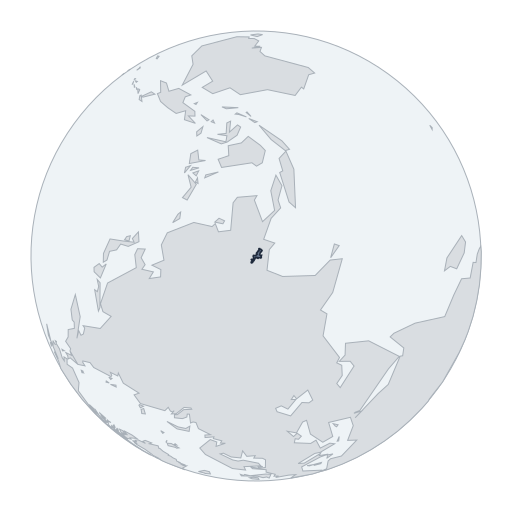 globe centered on Mandalay, rotated 216°
{"feature_id": "MMR-3267", "entity_name": "Mandalay", "entity_type": "Division", "adm_level": 1, "iso_a3": "MMR", "parent_name": "Myanmar", "parent_adm1": "", "projection": "orthographic", "projection_center": [96.206, 21.524], "detail": "fine", "context": "on_globe", "style": "filled", "palette": "slate", "viewbox_px": 512, "rotation_deg": 216, "n_neighbors": 0, "source": "natural_earth", "source_scale": "10m", "svg_char_len": 13138}
<svg xmlns="http://www.w3.org/2000/svg" viewBox="0 0 512 512"><g transform="rotate(216 256 256)"><circle cx="256" cy="256" r="225" fill="#eef3f6" stroke="#a8b0b8"/><path d="M347.7,50.2L353.9,54.9L363.0,60.1L355.5,56.6L377.5,70.0L385.5,78.1L372.1,66.8L367.4,64.2L370.6,68.2L366.5,66.4L365.7,67.6L360.5,65.4L353.0,59.8L349.5,58.5L352.0,61.5L348.4,61.7L345.2,57.4L338.5,57.5L324.8,49.6L320.5,42.5L308.6,38.7L292.7,33.8L289.8,33.4L282.0,32.2L275.7,31.6L275.2,31.5L293.8,33.9L312.2,37.8L330.2,43.3L347.7,50.2ZM272.8,31.3L270.6,31.2L272.8,31.5L271.8,31.6L268.4,31.5L266.3,31.1L267.7,31.1L265.3,31.0L265.7,30.9L263.5,30.9L262.7,30.8L272.8,31.3ZM260.0,30.8L258.3,30.8L252.3,30.8L260.0,30.8ZM370.5,64.8L368.2,62.7L371.8,65.4L370.5,64.8ZM366.5,68.2L368.5,69.5L367.2,69.6L366.5,68.2ZM358.1,66.5L355.5,66.7L356.8,65.5L358.1,66.5ZM353.1,66.1L346.9,67.2L350.7,69.9L336.4,63.6L346.4,64.4L347.5,62.3L349.6,64.6L353.1,66.1ZM275.1,31.7L272.5,31.4L277.9,31.9L275.1,31.7ZM278.7,32.1L296.6,34.6L298.7,35.5L292.3,34.2L297.5,35.9L289.7,35.0L285.1,33.9L285.3,33.4L282.1,33.5L278.7,32.1ZM329.5,60.3L326.9,60.0L328.2,59.3L329.5,60.3ZM271.9,31.7L275.3,32.0L277.3,32.7L270.8,32.3L272.2,32.2L271.9,31.7ZM302.7,37.0L303.0,37.8L296.8,37.1L296.1,37.4L289.7,35.1L302.7,37.0ZM270.0,32.0L267.4,32.2L263.3,31.9L268.6,31.6L270.0,32.0ZM280.6,33.1L281.2,33.5L278.7,33.1L280.6,33.1ZM247.3,31.6L251.3,31.4L252.7,31.7L247.3,31.6ZM266.8,32.4L268.2,32.5L269.2,32.7L266.7,32.9L266.8,32.4ZM285.8,35.0L283.1,34.7L288.1,35.9L283.6,35.8L280.1,34.4L279.8,35.0L278.4,35.0L277.1,33.9L285.8,35.0ZM267.2,33.8L261.3,32.6L253.4,32.5L252.0,32.2L264.8,32.4L267.2,33.8ZM273.1,33.9L269.1,33.7L269.3,33.1L272.2,33.0L273.1,33.9ZM281.8,36.4L289.6,36.8L290.1,37.2L281.8,36.4ZM264.9,33.8L266.4,34.1L264.3,33.9L264.9,33.8ZM276.6,35.6L279.2,35.6L279.7,36.0L276.6,35.6ZM267.1,34.9L265.2,34.5L267.1,34.2L267.1,34.9ZM271.4,35.3L271.5,35.8L268.9,34.4L272.5,35.2L271.4,35.3ZM276.6,35.9L277.8,36.1L275.4,35.9L276.6,35.9ZM261.1,36.4L257.5,34.8L261.6,34.1L264.6,35.7L261.1,36.4ZM73.0,124.6L77.3,119.4L73.8,125.4L77.2,132.6L76.5,135.8L69.3,144.4L66.3,166.3L73.5,160.7L77.6,175.9L84.8,181.0L99.4,164.0L87.8,155.1L92.5,144.6L107.3,143.9L118.5,152.8L120.7,149.1L119.3,136.7L127.7,132.6L119.5,132.0L118.5,136.8L113.4,136.9L113.9,132.7L116.9,131.2L115.2,127.4L101.6,136.5L99.2,142.3L91.1,138.4L86.2,148.0L82.0,150.3L88.6,135.0L92.4,130.8L99.9,112.9L95.2,116.8L87.8,134.2L87.5,131.7L81.1,138.2L85.8,131.3L95.1,112.2L91.7,109.6L77.2,121.2L77.3,119.5L82.0,113.0L97.4,96.8L95.4,102.5L100.9,97.8L109.9,88.4L108.5,91.3L112.0,88.4L112.1,90.7L120.8,87.1L122.2,89.1L133.8,81.9L136.1,82.2L128.5,86.2L124.1,90.4L128.5,96.7L131.8,96.2L139.0,91.2L139.3,94.0L145.7,88.5L152.3,90.5L149.6,83.7L158.0,78.8L166.5,77.3L168.7,74.8L155.0,77.3L149.9,79.6L146.3,83.3L132.2,89.8L128.8,89.1L141.9,78.5L138.6,76.7L150.2,70.2L180.3,65.7L188.6,67.6L185.1,80.6L178.4,82.5L176.4,78.5L170.7,86.5L174.8,83.7L175.1,86.4L183.2,83.2L183.7,85.0L190.5,79.2L192.1,81.1L187.8,84.7L201.1,82.5L206.7,86.0L209.4,84.7L210.8,82.4L216.9,88.9L218.7,87.7L217.3,85.1L219.9,81.2L226.9,77.2L228.7,79.6L226.4,81.4L224.2,89.2L217.9,94.2L219.3,94.8L225.2,91.2L227.9,81.5L231.6,78.5L231.3,82.8L231.7,80.9L234.1,80.2L238.1,82.0L238.8,77.3L262.8,68.7L273.0,72.0L270.0,76.3L288.6,75.1L298.6,80.4L297.3,77.7L305.4,76.3L302.4,74.5L302.4,73.2L321.7,70.4L327.6,72.2L334.4,69.3L333.8,68.2L329.8,66.6L336.4,63.6L350.7,69.9L351.5,72.1L359.9,75.1L360.4,80.1L364.7,86.1L360.4,90.7L364.2,95.6L367.1,96.3L374.4,104.1L379.5,118.6L362.6,103.6L352.5,84.1L355.5,91.4L351.0,89.0L349.8,91.4L352.2,97.0L354.9,98.0L339.4,105.8L337.7,122.0L347.1,121.0L353.8,126.0L360.2,146.9L346.0,176.2L354.9,185.9L356.1,192.3L349.7,196.5L347.9,187.1L340.6,183.8L340.5,178.2L329.7,182.8L329.1,175.0L320.9,183.0L325.0,189.1L334.8,187.4L328.0,198.5L339.1,209.3L341.4,222.6L326.0,246.6L308.8,254.0L308.0,258.3L300.6,253.5L291.6,261.9L305.8,285.6L305.6,292.5L290.7,305.4L290.2,300.3L270.9,287.6L267.7,303.8L282.4,317.5L287.4,333.1L276.3,328.1L271.1,314.3L264.3,309.4L265.9,295.4L259.6,274.0L248.4,277.5L249.0,269.0L238.7,250.9L222.4,255.1L196.7,275.0L193.6,296.3L184.6,304.5L172.5,271.6L172.1,250.2L164.6,250.9L154.8,230.8L128.8,223.0L127.9,217.0L122.4,218.0L116.0,210.0L115.7,200.3L110.5,199.0L112.0,224.6L117.9,226.2L126.7,219.7L125.7,228.2L132.3,238.0L115.0,253.6L81.1,259.0L82.5,242.5L81.2,192.1L83.9,187.9L84.0,187.4L84.3,186.3L79.3,192.8L80.7,183.4L76.3,216.6L73.5,229.8L80.5,259.7L78.7,261.5L82.4,268.5L99.9,269.4L99.0,274.6L87.8,295.2L67.7,317.9L73.1,340.9L76.3,358.4L69.8,364.1L76.6,378.5L74.2,380.0L78.1,387.6L79.6,393.0L79.9,396.0L76.2,391.8L66.9,378.4L58.5,364.4L51.2,349.8L44.9,334.7L39.8,319.1L37.5,310.2L34.9,297.2L31.0,263.8L31.5,249.9L31.7,241.9L31.3,240.0L32.2,230.4L32.3,229.6L34.8,213.5L38.4,197.6L43.2,182.1L49.1,166.9L56.0,152.2L64.0,138.1L73.0,124.6ZM125.4,172.8L135.3,178.0L139.2,164.3L143.3,165.4L143.1,160.6L139.4,163.4L140.2,150.9L147.5,149.6L150.6,144.3L147.4,142.4L134.0,147.0L132.7,164.5L126.9,168.3L125.4,172.8ZM130.9,72.8L128.1,75.4L124.0,77.8L122.3,77.0L128.3,73.4L130.9,72.8ZM125.2,78.8L138.6,69.5L140.3,70.2L137.1,71.2L136.8,72.6L131.6,74.8L120.0,85.3L115.6,88.2L114.8,84.1L117.5,83.5L120.0,80.8L125.2,78.8ZM170.0,50.2L175.9,47.8L171.8,52.2L166.9,54.1L164.8,52.9L169.5,50.1L170.0,50.2ZM241.1,31.2L249.6,30.9L262.4,30.9L263.7,31.4L261.1,31.7L258.2,31.7L258.3,31.3L254.4,31.7L252.3,31.2L249.1,31.5L232.8,32.0L234.9,31.7L224.1,33.0L241.1,31.2ZM207.2,36.1L212.6,35.0L214.0,35.3L217.8,34.4L219.6,34.4L215.8,35.2L222.8,34.1L223.2,34.4L232.0,34.4L241.7,33.4L245.1,33.6L241.6,34.2L247.5,34.1L243.1,35.5L245.5,35.9L243.5,37.9L235.3,39.4L238.6,39.7L237.3,41.7L230.6,43.4L231.9,41.4L223.6,44.9L221.5,43.3L220.7,43.8L216.5,43.4L209.9,44.0L209.9,43.2L207.4,43.9L204.5,43.9L201.0,44.6L199.8,43.5L195.4,44.4L197.4,43.4L190.1,45.4L195.0,43.5L191.8,43.7L188.7,45.5L191.0,40.7L188.2,41.2L187.7,41.3L207.2,36.1ZM260.3,37.0L251.0,38.3L245.2,38.3L251.0,34.9L249.5,34.4L253.0,32.8L261.2,33.0L259.5,33.4L259.7,33.8L257.0,33.5L259.3,34.1L256.9,34.8L258.1,35.5L254.7,35.6L260.3,37.0ZM79.9,133.8L80.1,135.4L81.4,136.8L77.4,141.2L79.9,133.8ZM85.9,120.8L86.8,121.2L81.7,127.5L81.5,126.1L85.9,120.8ZM91.5,116.4L87.2,120.7L89.4,117.6L91.5,116.4ZM129.7,86.5L131.1,87.0L129.6,88.3L126.8,89.6L129.7,86.5ZM205.5,55.5L207.2,53.9L208.7,53.8L215.6,50.9L217.8,52.3L214.4,54.5L205.5,55.5ZM95.0,165.7L90.4,167.7L90.4,165.2L92.0,165.0L95.0,165.7ZM81.5,153.9L82.6,158.9L80.4,155.0L81.5,153.9ZM209.0,56.5L211.6,55.1L211.1,56.6L209.0,56.5ZM219.7,53.1L219.7,54.7L218.8,52.1L219.7,53.1ZM187.8,461.8L192.3,463.9L188.9,463.4L187.8,461.8ZM100.4,366.7L101.6,393.4L94.7,390.5L89.4,380.9L86.1,363.6L92.7,361.8L94.8,354.8L100.4,366.7ZM342.0,366.0L348.3,366.3L348.0,367.3L342.0,366.0ZM335.4,363.2L342.7,363.0L334.0,365.3L335.4,363.2ZM345.5,362.9L353.0,360.4L356.2,358.6L355.6,360.6L345.5,362.9ZM330.4,363.6L302.7,364.4L291.6,362.0L294.3,358.5L312.2,359.1L330.4,363.6ZM293.4,358.4L276.4,348.5L252.4,318.3L261.0,319.1L285.9,337.5L284.4,340.6L294.7,348.5L293.4,358.4ZM334.3,338.9L332.6,348.2L317.5,348.1L310.5,346.8L305.7,335.1L308.4,329.0L314.1,329.0L335.9,307.4L343.5,312.0L337.0,321.2L343.3,328.9L334.3,338.9ZM194.6,298.5L199.7,311.8L194.8,313.3L194.6,298.5ZM344.3,292.1L335.8,301.9L343.4,289.1L344.3,292.1ZM348.5,280.2L349.3,284.9L345.5,280.6L348.5,280.2ZM308.1,264.8L302.1,266.0L301.7,262.6L309.3,259.2L308.1,264.8ZM343.0,234.0L343.7,243.9L342.8,247.3L339.7,241.5L343.0,234.0ZM230.8,69.8L218.7,71.9L211.4,75.2L209.5,79.5L207.0,74.8L218.3,69.7L230.8,69.8ZM258.7,68.3L260.3,65.2L263.0,66.5L263.0,67.3L258.7,68.3ZM257.2,66.6L252.7,63.2L255.8,61.4L258.8,64.4L257.2,66.6ZM230.4,58.7L226.7,59.1L227.2,57.7L230.4,58.7ZM380.8,439.0L384.0,434.2L390.4,431.6L384.9,436.8L380.8,439.0ZM366.5,423.1L324.5,439.2L316.1,438.5L319.9,433.6L315.6,419.2L318.5,419.3L318.7,408.9L344.5,397.3L363.5,377.3L375.9,376.8L386.4,361.9L398.6,360.8L393.8,372.0L405.1,376.4L416.1,350.9L419.6,374.1L425.6,380.2L423.3,394.1L400.4,422.1L390.3,429.2L389.8,427.7L385.2,430.9L380.2,431.6L380.4,425.0L375.8,428.2L381.6,421.7L374.2,428.0L373.0,423.8L366.5,423.1ZM451.9,357.3L452.8,357.2L453.2,360.1L451.8,360.6L451.9,357.3ZM468.6,330.3L468.2,331.7L467.5,333.4L468.6,330.3ZM470.4,325.1L469.9,326.5L470.9,323.7L470.4,325.1ZM460.9,339.3L461.0,340.4L460.5,341.2L460.9,339.3ZM460.6,339.1L461.7,336.1L461.1,338.7L460.6,339.1ZM457.3,329.0L458.2,327.3L458.4,328.1L457.3,329.0ZM357.5,365.6L366.5,357.7L371.2,356.6L357.5,365.6ZM456.6,326.8L454.6,327.5L455.0,326.1L456.6,326.8ZM457.0,323.5L457.0,321.7L457.7,325.6L457.0,323.5ZM453.6,321.0L455.7,323.3L453.3,321.5L453.6,321.0ZM452.0,322.1L450.3,321.4L450.5,320.7L452.0,322.1ZM429.3,332.4L436.3,341.7L430.1,343.3L423.3,338.1L417.0,346.2L403.4,348.0L406.8,343.2L405.3,337.1L390.5,337.1L387.6,333.3L393.0,329.6L383.0,327.7L394.0,324.2L398.3,332.2L404.4,324.4L414.6,324.1L424.0,324.9L431.2,329.4L429.3,332.4ZM393.6,343.3L395.5,343.0L393.7,345.8L393.6,343.3ZM446.9,318.0L449.5,321.2L449.1,322.3L447.8,322.2L446.9,318.0ZM432.9,327.5L440.8,318.1L442.5,317.7L437.2,327.3L432.9,327.5ZM439.1,314.0L442.5,313.9L444.2,317.4L443.5,318.7L439.1,314.0ZM371.2,338.3L370.7,340.8L367.7,339.2L371.2,338.3ZM375.0,336.5L383.7,338.0L374.1,338.6L375.0,336.5ZM347.5,330.7L350.2,336.2L358.7,331.8L352.2,337.6L357.8,346.5L355.8,350.2L350.3,340.6L348.0,351.2L344.2,351.3L342.3,342.5L346.3,331.2L350.0,326.3L365.3,323.0L347.5,330.7ZM375.0,329.5L372.7,323.0L374.4,318.3L377.0,321.6L375.0,329.5ZM365.4,307.4L358.7,300.1L353.0,303.6L364.3,291.6L368.9,300.5L365.4,307.4ZM359.3,290.6L353.9,293.8L359.3,286.8L359.3,290.6ZM352.4,291.2L351.5,285.7L355.9,286.1L352.4,291.2ZM362.1,290.6L362.7,281.1L365.1,286.4L362.1,290.6ZM348.9,273.5L358.8,281.8L346.4,278.9L344.6,260.8L349.8,260.0L348.9,273.5ZM369.6,198.5L367.6,193.5L371.9,191.9L372.0,195.7L369.6,198.5ZM384.1,184.0L372.4,190.0L362.7,195.5L366.3,197.5L365.3,206.4L359.1,198.8L365.0,188.7L372.5,186.1L372.4,179.0L377.2,173.7L374.2,165.1L375.9,161.2L380.9,168.4L384.1,184.0ZM372.5,161.6L369.0,146.8L377.7,148.1L380.4,151.6L378.4,157.7L373.9,156.6L372.5,161.6ZM370.7,143.7L366.4,142.7L352.0,122.6L351.1,118.8L366.7,133.9L363.4,133.9L365.4,138.9L370.7,143.7ZM328.4,61.2L327.0,60.1L329.5,61.0L328.4,61.2ZM300.5,72.3L300.9,70.7L303.9,71.5L300.5,72.3ZM303.7,66.9L300.1,67.0L303.2,65.8L303.7,66.9ZM292.1,67.8L298.3,66.6L293.4,69.2L292.1,67.8Z" fill="#d9dde1" stroke="#a8b0b8" stroke-width="1"/><path d="M255.6,247.7L255.7,247.8L255.7,248.0L255.8,248.2L256.0,248.2L256.3,248.1L256.4,248.3L256.4,248.5L256.2,248.7L256.1,248.8L255.9,248.8L256.0,248.9L256.0,249.0L256.0,249.4L255.9,249.4L255.9,249.5L256.0,249.8L256.0,250.0L256.5,250.1L256.8,250.1L257.0,250.0L257.3,250.1L257.5,250.3L257.8,250.4L257.8,250.5L257.7,250.7L257.6,250.8L257.4,250.9L257.2,250.9L257.0,251.0L256.8,251.1L256.7,251.0L256.4,251.1L256.2,251.1L256.0,251.3L256.1,251.6L256.3,251.9L256.3,252.1L256.5,252.2L256.5,252.3L256.4,252.3L256.4,252.5L256.5,252.7L256.8,252.8L256.8,253.0L257.0,253.2L257.0,253.4L257.0,253.5L257.3,253.6L257.5,253.7L257.7,253.8L257.9,253.8L258.0,253.9L258.0,254.0L258.2,254.3L258.2,254.5L258.3,254.6L258.4,254.8L258.5,254.9L258.5,255.0L258.3,255.1L258.2,255.1L257.9,255.3L257.9,255.2L257.7,255.3L257.6,255.5L257.4,255.7L257.2,255.7L256.9,255.9L256.6,255.9L256.5,256.0L256.3,256.3L256.4,256.6L256.5,257.1L256.6,257.4L256.4,257.4L256.2,257.4L256.1,257.5L256.0,257.8L256.0,258.0L256.4,258.2L256.7,258.3L256.8,258.3L257.0,258.5L257.0,258.4L257.2,258.5L257.3,258.5L257.4,258.8L257.3,259.0L257.1,259.0L256.9,259.1L256.9,259.3L257.0,259.4L257.1,259.6L257.3,259.7L257.3,259.8L257.3,260.0L257.2,260.0L257.0,260.3L257.0,260.5L257.2,261.0L257.3,261.1L257.2,261.2L257.1,261.3L256.9,261.4L256.9,261.5L257.0,261.7L256.9,261.9L256.7,261.9L256.6,262.0L256.9,262.4L256.9,262.5L257.0,262.6L257.3,262.6L257.3,262.8L257.5,263.0L257.7,263.3L257.4,263.4L257.4,263.5L257.5,263.7L257.8,263.9L257.7,264.0L257.4,264.2L257.2,264.0L256.7,264.1L256.3,264.1L256.2,264.0L255.9,264.0L255.7,264.3L255.5,264.2L255.3,264.1L255.2,264.1L254.9,264.0L254.7,264.2L254.4,264.1L254.3,263.9L254.2,263.8L254.2,263.5L254.3,263.4L254.4,263.2L254.4,262.9L254.5,262.7L254.5,262.4L254.5,262.2L254.4,262.2L254.5,261.9L254.4,261.8L254.5,261.7L254.6,261.4L254.5,261.2L254.4,261.1L254.3,260.9L254.3,260.7L254.3,260.4L254.2,260.1L253.9,259.5L253.9,259.1L253.7,259.0L253.4,259.0L253.2,259.1L252.9,259.2L252.8,259.3L252.6,259.4L252.4,259.4L252.3,259.5L252.2,259.5L252.0,259.8L251.9,259.9L251.8,259.7L251.8,259.4L251.8,259.1L251.9,258.9L251.9,258.7L251.6,258.5L251.4,258.5L251.2,258.5L251.1,258.4L250.9,258.2L250.8,257.6L250.9,257.3L250.9,257.2L251.0,257.2L251.3,257.2L251.5,257.1L251.6,256.9L251.8,256.8L252.0,256.8L252.2,256.7L252.3,256.6L252.5,256.4L252.8,256.2L252.8,255.9L252.8,255.7L252.9,255.4L253.0,255.3L253.0,255.2L253.5,255.1L253.8,255.3L254.0,255.6L254.3,255.5L254.6,255.4L254.8,254.8L254.8,254.7L255.0,254.7L255.3,254.5L255.4,254.4L255.4,254.2L255.3,253.9L255.3,253.5L255.2,253.3L255.2,253.0L255.3,252.9L255.1,252.7L255.1,252.3L255.1,252.2L255.0,251.5L254.9,251.3L254.9,251.2L255.0,251.2L255.2,249.6L255.1,249.3L255.0,249.2L254.9,248.8L254.9,248.7L255.0,248.5L255.1,248.4L255.3,248.1L255.4,247.9L255.5,247.8L255.6,247.7Z" fill="#64748b" stroke="#1e293b" stroke-width="1.5"/></g></svg>